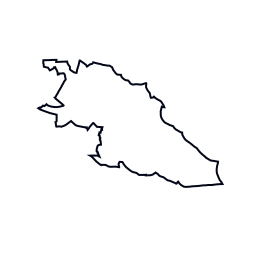 outline of Grebenisu De Campie, Mures, Romania, rotated 220°
{"feature_id": "2599482B22426037258444", "entity_name": "Grebenisu De Campie", "entity_type": "district", "adm_level": 2, "iso_a3": "ROU", "parent_name": "Romania", "parent_adm1": "Mures", "projection": "equal_earth", "projection_center": [24.279, 46.612], "detail": "fine", "context": "isolated", "style": "outline", "palette": "ink", "viewbox_px": 256, "rotation_deg": 220, "n_neighbors": 0, "source": "geoboundaries", "source_scale": "gbopen_adm2", "svg_char_len": 5834}
<svg xmlns="http://www.w3.org/2000/svg" viewBox="0 0 256 256"><g transform="rotate(220 128 128)"><path d="M142.9,174.0L143.3,173.6L145.5,170.1L146.0,169.6L146.9,168.9L149.1,167.4L149.8,166.9L151.8,164.8L152.4,164.3L152.7,164.1L154.3,163.8L155.0,163.6L155.5,163.8L156.6,164.2L158.3,164.4L158.6,164.4L159.2,164.0L159.8,163.6L160.3,163.3L160.8,163.1L161.4,163.0L162.6,162.8L163.9,162.8L164.9,162.9L166.0,163.1L166.7,163.6L167.5,164.2L169.4,162.8L170.6,162.1L171.0,162.0L172.2,162.0L173.9,162.3L175.9,162.8L176.4,162.9L177.7,163.5L178.4,164.0L178.8,164.0L179.3,164.3L182.2,163.9L182.5,163.6L183.6,162.8L185.0,161.9L186.2,161.3L187.0,160.7L187.8,160.2L190.0,159.4L191.5,158.6L193.0,157.7L193.8,157.4L194.5,157.0L196.8,156.0L196.7,155.8L196.6,154.4L197.1,153.7L197.4,153.1L197.9,152.6L198.3,151.3L198.5,150.3L198.9,148.7L199.6,148.9L200.5,149.3L201.3,149.4L201.8,149.3L202.6,149.3L203.8,149.2L208.3,148.8L208.4,148.6L206.4,144.6L205.4,142.3L204.5,140.0L203.8,138.9L202.9,137.1L205.1,135.9L208.9,135.5L209.8,135.5L210.3,135.7L210.7,136.1L211.3,137.0L211.7,137.4L212.1,137.6L212.9,137.8L214.7,138.2L215.4,138.5L216.1,138.8L216.6,139.2L217.3,139.8L219.4,137.9L220.2,137.2L220.8,136.7L225.0,132.8L225.5,132.4L226.6,134.2L229.5,131.7L232.2,129.2L236.4,125.5L234.6,123.2L233.9,122.9L233.7,122.7L232.2,121.2L231.9,120.9L231.7,120.9L229.7,121.9L228.0,122.8L224.9,121.9L224.6,122.6L224.1,123.8L223.5,125.7L223.6,127.0L222.9,127.0L222.7,127.7L221.3,126.9L220.8,126.9L218.2,125.7L217.7,125.3L216.1,123.8L215.5,124.5L216.1,125.2L213.9,127.0L213.0,128.2L212.4,128.5L212.1,128.6L210.6,128.1L206.9,125.1L206.9,123.9L206.7,122.1L206.3,120.5L205.9,118.2L205.8,117.4L205.6,117.2L204.5,110.5L204.1,109.1L204.0,107.7L203.8,107.0L203.5,105.2L203.3,104.7L203.3,104.3L203.4,104.2L202.5,104.0L200.9,104.0L196.0,104.0L193.0,104.0L192.4,103.9L191.9,103.9L191.8,103.6L193.1,101.7L194.2,100.2L195.9,98.3L197.4,97.1L198.6,96.3L199.5,95.7L200.3,95.2L201.7,94.6L202.6,94.2L203.3,94.0L203.7,93.8L204.5,93.7L205.0,93.7L205.7,93.8L205.9,92.5L206.1,91.1L207.5,90.5L207.6,90.4L207.6,90.2L207.5,89.4L207.6,88.8L207.9,87.7L208.4,87.5L208.6,87.4L209.4,85.5L208.3,85.6L206.9,85.8L202.4,87.4L198.1,89.0L196.9,89.5L194.3,90.8L191.2,92.3L187.6,88.0L187.0,87.1L187.0,86.5L187.0,86.0L187.2,85.8L186.9,85.6L184.6,83.6L184.1,83.2L183.8,83.0L183.6,83.1L182.6,84.2L181.3,85.4L180.8,85.7L179.9,86.1L178.7,88.1L178.0,89.6L177.6,90.6L176.2,96.3L176.0,96.8L174.8,96.6L173.3,96.6L170.2,96.5L169.8,96.5L169.0,96.9L168.1,97.1L165.6,98.5L161.8,100.6L160.4,101.6L160.4,101.3L160.2,101.2L160.1,101.3L159.9,101.4L159.9,101.7L159.6,101.7L158.0,100.8L157.7,100.6L157.7,101.2L157.8,101.9L157.8,102.5L158.0,103.7L158.1,105.9L158.0,106.5L158.0,108.8L157.8,109.5L157.3,109.6L156.2,109.4L152.9,109.0L152.6,108.9L148.1,112.2L147.7,111.3L147.4,110.6L146.9,110.1L147.6,109.9L146.8,108.4L146.4,107.5L146.0,106.7L147.0,106.3L145.8,103.7L145.0,104.1L144.4,103.5L143.5,102.6L143.1,102.8L141.8,101.2L142.0,101.0L140.8,100.2L140.5,100.3L139.8,99.7L138.0,97.8L138.8,97.0L139.3,96.5L139.5,96.0L139.8,95.2L139.7,94.6L139.4,93.8L139.1,93.4L139.0,93.1L138.9,92.7L138.8,92.4L138.3,91.7L137.8,90.9L137.2,90.1L136.8,89.9L136.2,90.3L135.1,89.7L135.1,89.3L134.3,89.2L131.4,87.7L133.9,87.1L134.3,86.8L134.9,86.2L135.5,85.6L136.2,85.2L136.9,84.6L137.8,83.8L139.2,82.5L138.7,82.6L136.5,82.7L130.9,82.0L130.0,82.0L125.5,82.1L125.2,82.2L125.3,82.3L124.9,82.6L124.3,83.0L121.7,85.1L121.5,85.3L121.2,85.4L118.6,85.9L118.0,86.1L116.5,87.0L112.8,90.3L111.6,91.1L109.6,92.3L109.8,92.6L111.5,93.8L112.1,94.3L112.7,96.6L112.1,97.1L111.6,97.5L110.4,98.3L109.7,98.2L108.5,97.7L107.1,97.3L105.1,96.9L104.0,96.8L101.9,96.8L98.6,96.9L97.2,97.1L95.8,97.5L93.1,98.8L92.2,99.1L90.2,99.1L89.6,99.1L89.1,99.4L87.2,101.0L86.4,101.6L85.7,102.3L84.9,102.9L84.1,103.8L83.8,103.5L83.7,103.3L80.2,106.5L79.9,107.0L79.5,107.6L79.0,108.5L78.8,109.1L78.7,110.2L78.2,111.1L78.2,111.6L76.9,111.7L76.0,111.9L75.2,111.9L74.4,111.7L73.4,111.6L72.8,111.7L72.1,111.9L71.4,112.1L70.3,112.6L69.7,112.9L68.9,113.1L67.0,113.2L65.0,113.3L64.5,113.4L63.6,113.6L62.9,114.0L62.2,114.4L61.6,114.6L60.9,114.8L56.3,116.2L55.3,116.3L55.2,116.4L55.1,116.5L55.1,116.9L55.2,117.9L55.2,118.7L55.1,119.2L54.6,119.1L53.7,118.8L53.2,118.6L52.5,118.5L51.5,118.5L50.0,118.5L49.8,118.5L48.9,118.8L48.4,118.8L48.0,118.8L46.8,119.4L46.0,119.9L45.3,120.6L44.3,121.5L43.5,122.2L41.1,124.8L39.5,126.3L38.5,127.2L36.6,129.1L36.4,129.3L36.1,129.6L34.0,131.9L32.7,133.2L31.7,133.9L30.8,135.0L30.2,135.6L29.7,136.1L27.8,137.7L27.0,138.2L27.0,138.4L25.9,139.6L25.1,140.4L24.9,140.7L23.5,142.2L22.1,143.5L21.3,144.3L19.6,145.8L21.0,146.4L24.1,147.1L25.9,147.8L26.9,148.4L29.0,149.5L30.4,150.3L31.0,150.7L31.8,151.4L33.5,153.3L34.4,154.7L35.4,156.3L35.9,157.5L36.9,159.4L37.4,160.1L40.6,158.2L43.4,156.5L44.0,156.2L44.6,156.1L48.9,155.4L49.2,155.4L49.2,155.5L50.0,155.4L50.1,155.5L50.3,155.6L50.9,155.6L51.6,155.6L52.5,155.5L53.1,155.5L55.7,155.6L57.0,155.7L59.0,156.0L61.6,156.6L62.1,156.7L62.4,156.8L63.2,156.7L64.1,156.5L65.4,156.4L68.9,156.4L71.6,156.3L73.9,156.0L75.1,156.0L75.6,155.9L76.1,155.9L78.2,156.3L79.1,156.6L81.9,157.7L82.4,158.1L83.6,159.3L83.8,159.1L85.0,158.6L90.6,157.6L92.6,157.8L93.7,158.1L94.4,158.4L94.6,158.4L95.1,158.2L95.5,158.0L96.8,157.6L97.7,157.2L98.0,157.1L98.9,156.9L100.7,156.5L101.2,156.3L102.9,156.0L103.9,155.9L104.5,156.0L106.2,156.3L108.6,157.1L109.6,157.7L110.7,158.5L111.4,159.1L111.7,159.5L112.4,160.4L113.3,161.3L113.6,161.7L114.1,162.6L114.3,163.0L114.9,164.2L115.5,165.4L115.8,166.1L114.8,166.3L113.5,167.2L114.4,167.7L115.8,168.4L118.7,169.3L120.0,169.6L120.7,169.5L121.3,169.4L123.7,168.9L124.8,168.7L126.2,168.6L128.3,168.7L128.3,167.6L129.8,165.9L130.7,166.3L133.5,168.5L134.0,168.8L135.2,169.0L137.0,169.4L139.5,170.4L140.4,170.9L141.5,172.2L141.8,172.8L142.1,173.3L142.5,173.7L142.9,174.0Z" fill="none" stroke="#020617" stroke-width="2"/></g></svg>